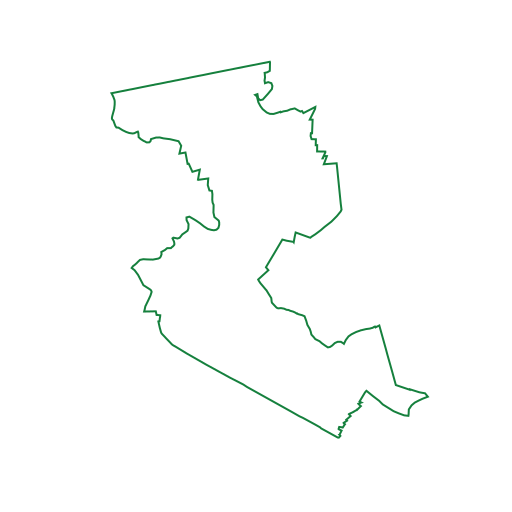 Tuxtilla, Veracruz, Mexico (orthographic projection), rotated 163°
{"feature_id": "50627088B40766797013882", "entity_name": "Tuxtilla", "entity_type": "district", "adm_level": 2, "iso_a3": "MEX", "parent_name": "Mexico", "parent_adm1": "Veracruz", "projection": "orthographic", "projection_center": [-95.881, 18.191], "detail": "fine", "context": "isolated", "style": "outline", "palette": "green", "viewbox_px": 512, "rotation_deg": 163, "n_neighbors": 0, "source": "geoboundaries", "source_scale": "gbopen_adm2", "svg_char_len": 5546}
<svg xmlns="http://www.w3.org/2000/svg" viewBox="0 0 512 512"><g transform="rotate(163 256 256)"><path d="M346.6,453.9L346.3,452.8L346.3,452.6L346.3,452.4L345.9,449.9L345.7,446.5L346.0,444.9L346.9,442.1L348.1,439.3L348.2,439.2L348.3,438.7L349.4,436.8L351.2,434.0L352.7,431.6L353.5,430.0L353.6,428.9L353.6,428.7L352.8,427.2L352.7,425.3L352.5,421.6L351.9,419.7L349.9,418.9L348.8,417.6L346.9,415.4L343.9,412.6L341.3,410.7L338.1,409.2L336.4,409.0L334.0,409.4L332.6,409.5L332.5,408.7L333.0,405.8L333.5,404.0L332.9,403.0L332.1,401.6L329.8,398.9L328.7,398.0L328.2,397.4L327.4,396.6L325.2,396.0L324.7,395.9L323.3,396.7L323.2,396.8L322.2,398.5L319.0,398.5L318.7,398.5L317.0,398.5L313.4,397.5L310.2,395.6L304.0,392.8L296.5,388.4L295.3,383.3L299.3,376.3L293.2,375.6L294.5,364.1L293.4,364.0L293.3,363.7L292.2,355.1L284.5,355.0L289.2,345.9L288.9,345.7L279.0,344.1L281.4,337.9L281.4,332.3L279.1,331.2L279.6,327.9L281.4,322.5L281.9,319.7L281.6,317.3L282.1,315.7L284.0,310.0L284.4,305.4L281.4,300.9L281.3,300.7L281.4,298.8L282.1,296.5L283.7,293.9L286.1,292.7L288.7,292.9L291.2,294.1L294.2,296.0L297.1,299.4L300.0,303.7L300.9,304.8L302.9,307.3L304.4,309.0L308.2,313.1L310.8,313.2L311.2,313.2L311.9,310.6L311.2,306.2L312.7,302.0L314.1,300.2L316.4,299.4L320.2,298.2L321.6,297.2L323.6,295.8L324.3,295.7L325.4,295.7L326.0,295.7L327.6,296.6L329.7,297.7L330.7,297.3L330.2,293.8L330.4,291.9L330.8,290.7L332.4,289.6L334.0,289.0L335.1,288.4L338.6,289.5L341.2,288.4L345.4,287.5L345.8,285.3L347.3,283.3L348.5,282.4L350.2,282.1L355.6,282.7L360.1,284.2L364.8,285.9L368.1,286.2L370.5,285.0L372.3,284.0L374.5,283.0L376.5,282.3L378.4,280.9L376.3,278.0L374.3,272.4L372.2,261.0L367.1,255.0L366.5,254.0L366.3,252.9L366.3,252.2L368.6,248.9L369.7,247.7L372.0,245.1L374.9,242.0L375.4,241.4L376.5,240.3L378.2,237.2L379.2,235.6L376.1,234.7L373.3,233.9L368.0,232.4L368.3,228.7L368.0,228.6L367.7,228.5L365.6,227.6L364.9,227.3L365.5,225.8L366.2,224.5L366.8,223.1L367.4,221.8L368.4,222.0L368.5,222.0L369.0,215.5L369.1,211.4L369.1,210.3L368.8,209.3L368.6,208.8L367.7,207.0L366.8,205.2L366.6,204.8L366.3,204.1L363.3,198.2L362.6,196.7L361.9,195.5L360.8,194.2L360.4,193.9L360.3,193.7L360.2,193.7L350.8,183.1L335.4,166.7L316.3,147.1L305.7,136.8L302.9,133.4L267.8,96.9L261.3,90.0L258.6,87.6L253.0,81.9L248.8,77.6L244.8,73.4L244.2,72.2L230.9,58.5L229.9,58.1L227.9,59.3L228.5,60.6L228.4,60.6L225.2,64.0L227.3,65.9L227.6,66.3L227.4,66.8L226.4,68.2L225.3,67.7L224.0,67.1L223.2,66.6L220.4,68.9L220.1,69.1L221.0,70.4L221.0,70.8L217.1,71.9L217.6,73.0L212.3,75.3L213.1,76.9L213.4,77.6L213.2,77.7L211.2,78.0L208.9,78.3L208.4,78.4L208.4,78.5L204.8,79.3L204.5,79.5L204.4,79.3L200.4,81.4L199.6,81.8L201.2,84.4L201.3,84.8L199.9,84.9L199.7,84.9L198.8,85.1L198.1,85.1L198.9,85.9L199.5,86.6L197.6,88.3L191.6,93.7L189.8,94.8L185.1,87.8L180.5,81.4L179.0,78.5L178.1,76.9L174.0,72.2L173.2,71.3L172.3,70.3L170.7,68.4L169.7,67.3L168.4,66.2L165.5,63.8L160.9,60.3L157.0,58.6L156.5,59.6L154.7,64.6L150.9,67.7L147.0,69.4L142.6,70.2L138.4,70.8L132.8,71.2L134.5,75.3L134.9,75.5L135.5,75.8L137.9,77.0L139.6,77.9L147.9,83.6L148.1,83.2L148.2,83.3L148.4,83.4L160.0,91.7L159.6,105.3L159.2,123.4L159.0,129.0L158.4,153.5L160.3,153.2L162.5,152.8L162.5,153.6L163.1,153.8L164.5,153.5L165.4,153.2L166.8,153.3L168.3,153.3L171.9,153.9L173.1,154.0L176.6,154.2L177.7,154.3L178.6,154.2L181.6,154.1L182.8,154.0L187.6,153.2L189.4,152.6L191.0,152.1L194.7,149.4L197.6,146.3L197.9,146.8L199.9,149.1L203.0,150.1L206.1,149.7L206.9,149.3L209.3,148.1L211.6,147.4L212.1,147.4L214.0,147.6L216.3,150.4L217.3,151.7L218.4,153.1L220.2,156.0L221.2,156.9L223.6,159.2L224.0,160.2L224.5,161.5L225.6,163.8L226.0,164.7L225.8,167.6L225.9,170.6L226.2,171.7L227.0,175.1L226.9,179.4L227.0,180.8L227.2,184.2L229.2,185.9L232.7,188.1L233.5,189.1L233.8,189.0L235.3,190.7L236.8,192.0L238.2,192.9L239.3,193.6L240.7,194.9L241.5,195.2L242.6,195.7L244.5,197.4L247.4,198.9L248.4,199.1L249.9,199.4L250.9,200.0L251.6,200.9L252.3,202.3L254.4,206.6L254.4,207.6L253.7,211.3L254.0,212.5L254.9,215.7L256.1,220.4L256.3,220.6L258.4,225.6L259.4,227.9L259.7,228.6L260.6,231.6L260.8,232.9L248.3,238.8L249.8,242.3L249.7,242.4L247.4,244.5L245.2,246.5L237.8,253.2L226.0,264.0L222.9,262.1L222.7,261.9L216.0,258.5L215.9,258.2L213.3,263.2L211.2,266.9L208.8,265.1L199.9,258.4L198.7,257.6L197.3,258.2L193.0,259.4L186.6,261.7L182.1,263.7L173.9,266.8L170.7,268.5L167.0,270.5L161.9,273.9L161.1,274.9L160.7,275.2L159.7,281.1L152.4,317.8L152.4,318.1L152.3,318.4L151.8,321.1L164.3,323.9L159.0,330.8L161.8,331.8L163.5,329.8L163.8,329.9L159.4,334.8L159.2,335.6L167.0,338.1L165.1,344.1L166.5,344.5L164.6,350.1L168.7,351.5L168.7,354.8L167.6,357.4L166.5,357.0L162.0,369.8L164.7,370.7L159.3,376.4L156.5,379.4L155.7,381.2L168.9,378.8L169.6,381.2L171.2,381.1L173.3,383.1L175.8,385.8L179.8,386.1L180.0,386.2L183.7,385.8L187.4,386.3L190.4,386.2L190.5,386.8L193.4,386.7L197.7,386.7L201.2,387.9L203.8,390.1L206.7,394.5L207.9,397.8L208.8,402.2L208.5,408.4L209.7,410.3L207.3,410.4L207.8,406.2L206.5,403.8L203.8,403.6L197.3,407.5L192.0,411.0L190.8,413.4L190.7,413.6L190.6,413.8L190.8,416.7L190.8,416.8L193.5,418.7L196.9,418.6L196.7,419.9L196.6,421.1L195.2,424.1L194.3,427.9L194.2,428.6L191.5,428.4L188.7,429.0L188.2,430.4L186.0,437.1L186.0,437.7L202.7,439.4L210.4,440.2L230.1,442.2L245.0,443.7L254.5,444.6L256.1,444.8L256.6,444.8L257.0,444.9L267.9,446.0L268.6,446.0L276.3,446.8L280.4,447.2L281.0,447.3L288.4,448.0L288.7,448.1L292.2,448.4L297.3,448.9L302.5,449.5L304.3,449.6L304.7,449.7L305.7,449.8L315.7,450.8L319.9,451.2L326.1,451.8L327.7,452.0L346.6,453.9Z" fill="none" stroke="#15803d" stroke-width="2"/></g></svg>